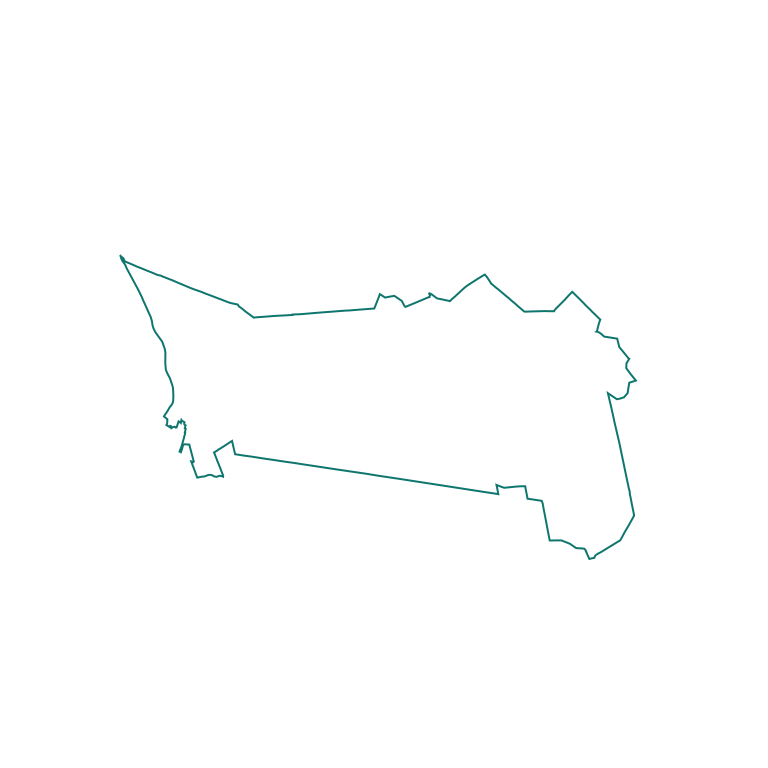 Turku pag., Livanu, Latvia, rotated 43°
{"feature_id": "27541924B57048436459337", "entity_name": "Turku pag.", "entity_type": "district", "adm_level": 2, "iso_a3": "LVA", "parent_name": "Latvia", "parent_adm1": "Livanu", "projection": "robinson", "projection_center": [26.216, 56.443], "detail": "fine", "context": "isolated", "style": "outline", "palette": "teal", "viewbox_px": 768, "rotation_deg": 43, "n_neighbors": 0, "source": "geoboundaries", "source_scale": "gbopen_adm2", "svg_char_len": 5973}
<svg xmlns="http://www.w3.org/2000/svg" viewBox="0 0 768 768"><g transform="rotate(43 384 384)"><path d="M611.9,385.4L620.4,377.4L621.2,377.1L628.8,374.1L636.4,373.0L639.0,370.9L639.7,370.2L640.2,369.8L640.9,369.3L641.8,368.6L642.4,368.2L642.7,367.9L644.2,367.9L646.2,368.7L646.1,368.8L653.5,371.9L655.1,369.4L656.3,368.0L656.4,367.6L656.2,367.3L655.7,366.2L655.6,365.4L655.6,364.7L656.2,362.1L656.2,361.9L656.3,361.8L656.4,361.7L657.3,359.1L662.1,341.7L663.3,337.5L663.4,337.2L661.5,329.7L661.4,329.5L661.1,328.2L659.9,322.9L659.4,320.5L656.7,309.8L656.2,309.6L656.0,309.2L655.7,308.9L648.0,303.4L641.4,298.6L638.5,296.6L637.4,295.3L637.0,295.1L634.0,293.2L618.5,282.3L596.6,266.8L585.4,259.3L577.5,254.0L576.3,253.1L565.4,245.6L554.0,238.0L557.2,237.5L564.7,236.3L566.7,233.5L568.6,230.0L568.4,224.5L565.7,220.6L562.5,215.8L565.9,209.7L557.8,208.6L550.4,207.2L547.2,203.5L546.2,198.3L545.0,198.5L543.9,198.3L541.7,197.9L539.8,197.7L537.0,197.3L531.2,196.6L530.9,196.5L523.6,191.8L514.7,197.8L513.4,198.7L513.0,199.0L512.7,199.1L512.3,199.1L512.0,199.2L511.4,199.2L510.6,199.2L509.3,199.2L507.9,199.3L507.0,199.5L506.2,199.6L504.7,200.1L503.7,200.7L503.8,200.2L502.7,198.3L501.4,196.0L500.2,193.7L499.4,192.0L498.9,191.1L498.3,189.4L492.8,189.3L490.0,189.2L487.2,189.2L484.0,189.0L477.1,188.9L476.5,188.8L473.4,188.6L471.4,188.6L471.0,188.5L466.6,188.4L458.8,188.2L458.7,192.7L458.7,194.5L458.7,197.7L458.8,198.2L458.6,204.4L458.5,207.5L458.3,211.1L458.4,213.1L458.5,214.1L458.6,214.7L458.7,214.8L454.4,218.8L452.4,220.5L441.3,231.4L439.9,232.9L438.2,234.5L437.5,235.2L436.8,235.4L431.4,235.6L430.2,235.7L423.7,235.8L422.3,236.0L421.3,236.0L418.7,236.1L417.0,236.1L412.6,236.4L406.9,236.7L404.0,236.8L402.7,236.9L401.1,237.1L396.6,237.3L393.4,237.5L393.1,237.2L386.5,235.6L383.1,235.2L383.0,235.4L382.7,236.5L382.2,238.2L381.5,240.7L380.7,243.6L378.5,252.3L377.5,256.6L377.2,259.1L377.0,261.1L376.7,265.7L376.5,267.8L376.2,272.1L375.8,275.4L375.7,278.4L368.3,282.8L364.8,285.0L364.0,285.3L363.8,285.3L358.9,285.8L357.4,285.9L357.0,286.2L356.7,286.3L356.4,286.3L355.9,286.5L355.5,286.6L355.3,286.8L355.3,287.0L355.6,287.2L356.3,287.2L357.0,287.5L357.3,287.8L357.3,288.1L357.4,288.7L357.4,289.0L357.6,289.1L358.0,289.3L357.0,291.1L354.2,297.3L352.1,302.0L348.1,310.8L347.1,313.0L345.3,312.9L340.3,311.1L331.4,312.5L327.8,317.3L325.9,320.0L319.7,321.1L321.6,325.7L323.3,330.0L325.4,335.4L315.0,346.7L307.8,354.6L306.6,355.7L291.8,371.8L287.1,376.9L275.6,389.6L273.0,392.3L272.2,393.0L270.2,395.1L269.8,395.5L270.1,395.8L263.9,402.3L259.4,406.9L258.0,408.4L256.4,410.1L252.1,414.8L245.9,421.5L243.4,424.3L239.4,424.7L236.3,425.1L233.6,425.4L232.0,425.5L228.7,425.7L227.0,425.9L225.1,426.2L222.9,425.6L216.4,429.5L213.5,430.8L208.1,432.9L205.7,433.9L202.8,435.1L194.4,438.5L191.1,439.9L189.7,440.4L187.8,441.1L180.8,444.2L177.4,445.6L162.2,451.2L160.3,451.8L159.4,452.2L158.3,452.5L156.5,453.3L155.5,453.7L154.5,454.1L153.0,454.7L150.6,455.6L148.6,456.5L147.4,456.7L143.5,458.9L141.2,459.7L137.7,461.0L132.6,463.0L125.9,465.5L124.5,466.2L120.4,467.6L116.2,469.1L115.3,469.4L114.9,469.6L110.8,471.1L110.1,470.8L109.3,470.6L108.7,470.3L108.4,470.0L107.8,469.8L107.6,469.8L107.4,469.9L107.2,469.9L106.7,470.0L106.0,470.0L105.5,470.1L105.3,470.0L105.1,470.0L104.8,470.0L105.0,470.2L104.8,470.3L104.6,470.4L105.0,470.6L105.4,470.8L106.1,471.3L107.1,471.7L108.1,472.2L110.1,472.7L112.1,473.0L114.9,473.9L116.1,474.6L132.6,480.2L138.9,482.3L147.4,485.5L152.1,487.6L157.7,489.9L162.3,491.9L167.5,494.0L171.4,496.3L174.5,498.8L177.4,500.5L181.3,502.0L192.9,504.3L196.2,506.0L199.8,507.9L202.7,510.1L209.5,517.6L214.9,522.5L219.4,524.4L223.6,525.8L231.1,529.9L232.8,531.2L235.8,534.1L239.1,537.5L241.3,540.1L242.2,541.8L242.8,543.3L243.1,546.9L243.5,548.8L244.1,551.3L245.0,557.1L245.2,557.8L248.4,557.6L248.9,557.6L249.5,557.5L249.7,557.8L250.8,558.9L251.6,559.8L252.5,561.2L252.9,562.4L253.8,562.2L256.9,561.6L256.3,560.4L256.9,560.1L258.6,561.2L258.7,560.8L258.9,559.8L259.2,559.2L259.7,558.6L260.0,558.3L260.1,558.0L261.2,557.8L261.4,557.8L261.4,557.6L261.5,557.4L261.8,557.2L261.7,556.9L261.7,556.7L261.6,556.3L261.4,556.0L261.0,555.2L260.0,553.0L259.3,551.4L260.9,551.1L262.0,551.1L260.4,548.5L261.5,548.7L263.1,548.3L264.1,548.0L265.1,549.5L266.6,549.8L267.1,549.6L268.6,552.3L269.5,552.0L270.3,553.2L271.4,555.3L271.8,555.2L271.9,555.4L272.2,555.8L272.4,556.2L272.7,556.6L273.7,558.6L274.0,559.1L274.6,560.1L275.0,560.9L275.8,562.5L276.1,563.1L276.4,563.6L276.6,564.1L277.0,564.7L277.6,566.0L278.7,568.1L279.8,571.0L280.5,572.8L282.0,572.5L281.1,570.3L279.4,567.0L278.4,565.0L278.9,564.8L279.7,563.7L280.1,563.4L280.7,562.9L282.9,561.1L284.3,562.0L289.1,565.0L298.0,570.6L298.4,570.8L298.5,570.8L295.8,572.1L296.0,572.2L296.3,572.3L296.5,572.5L297.6,573.0L299.7,574.1L301.1,574.7L303.5,576.0L306.3,577.3L307.4,578.0L310.7,579.5L310.8,579.7L311.3,579.8L311.8,579.1L312.4,578.3L312.8,577.6L313.2,577.0L315.1,574.8L315.8,573.9L316.2,573.2L316.5,572.5L316.9,571.8L317.3,570.8L318.1,569.7L318.6,569.2L319.1,568.8L319.7,568.4L320.4,568.1L320.9,567.8L321.6,567.7L322.6,567.5L323.5,567.0L324.5,566.4L324.8,566.1L325.1,565.7L325.3,565.3L325.6,564.6L326.1,563.6L326.6,563.0L327.6,562.4L328.6,561.8L329.5,561.5L329.1,561.0L328.8,560.7L321.6,557.2L321.2,557.0L319.3,556.1L315.2,554.2L314.3,553.9L314.0,553.6L310.9,552.1L306.7,550.1L306.4,550.0L307.4,546.4L307.5,546.3L307.5,545.9L307.7,544.4L307.9,544.2L309.5,538.2L309.8,537.0L311.0,531.9L311.7,529.3L323.0,536.9L329.8,532.3L337.0,527.2L346.6,520.7L354.1,515.5L364.9,508.1L371.3,503.6L381.0,497.0L394.7,487.6L405.7,480.1L427.1,465.3L432.0,461.9L442.5,454.9L461.1,442.1L472.0,434.7L481.4,428.3L497.7,417.2L518.6,403.0L529.5,395.6L538.4,389.5L542.7,386.6L538.5,383.5L535.1,381.1L537.6,380.1L540.3,379.0L542.7,377.9L545.0,375.3L546.4,373.7L550.6,368.9L554.0,365.3L557.0,362.5L567.2,370.0L572.4,366.4L579.0,361.9L579.1,362.0L581.6,363.2L585.7,366.3L596.3,374.0L602.5,378.6L611.9,385.4Z" fill="none" stroke="#0f766e" stroke-width="2"/></g></svg>